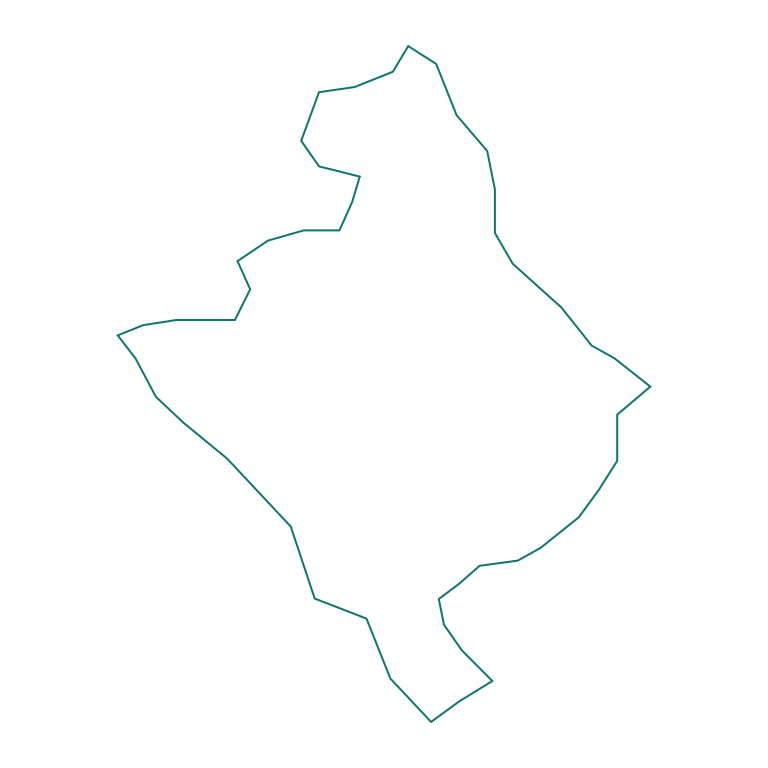 Argaki, Cyprus (Mercator projection)
{"feature_id": "46923920B73133986650844", "entity_name": "Argaki", "entity_type": "district", "adm_level": 2, "iso_a3": "CYP", "parent_name": "Cyprus", "parent_adm1": "", "projection": "mercator", "projection_center": [33.035, 35.188], "detail": "fine", "context": "isolated", "style": "outline", "palette": "teal", "viewbox_px": 768, "rotation_deg": 0, "n_neighbors": 0, "source": "geoboundaries", "source_scale": "gbopen_adm2", "svg_char_len": 734}
<svg xmlns="http://www.w3.org/2000/svg" viewBox="0 0 768 768"><path d="M390.4,678.6L431.1,721.9L459.2,701.4L492.3,681.0L461.7,650.2L443.9,624.6L438.8,599.0L459.2,583.7L479.6,565.8L517.8,560.6L540.7,547.8L579.0,517.1L599.4,489.0L617.2,460.8L617.2,414.7L650.3,386.6L614.6,358.4L591.7,345.6L561.1,307.2L538.2,286.7L512.7,263.7L494.9,233.0L494.9,189.4L487.2,151.0L456.6,115.2L436.2,64.0L408.2,46.1L392.9,71.7L354.7,87.0L319.0,92.2L301.2,140.8L319.0,166.4L359.8,176.6L352.1,202.2L339.4,230.4L303.7,230.4L268.0,240.6L237.5,261.1L250.2,289.3L234.9,320.0L176.3,320.0L143.2,325.1L117.7,335.4L135.5,358.4L155.9,396.8L183.3,422.6L227.1,458.6L290.8,526.6L314.7,598.6L366.5,618.6L390.4,678.6Z" fill="none" stroke="#0f766e" stroke-width="2"/></svg>